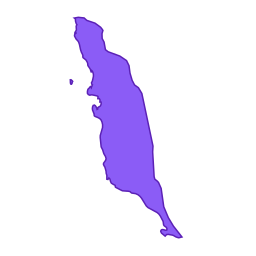 an SVG outline of Bushehr, rotated 16°
{"feature_id": "IRN-3210", "entity_name": "Bushehr", "entity_type": "Province", "adm_level": 1, "iso_a3": "IRN", "parent_name": "Iran", "parent_adm1": "", "projection": "mercator", "projection_center": [51.169, 28.786], "detail": "fine", "context": "isolated", "style": "filled", "palette": "violet", "viewbox_px": 256, "rotation_deg": 16, "n_neighbors": 0, "source": "natural_earth", "source_scale": "10m", "svg_char_len": 2618}
<svg xmlns="http://www.w3.org/2000/svg" viewBox="0 0 256 256"><g transform="rotate(16 128 128)"><path d="M193.5,221.7L189.2,219.8L188.0,218.5L187.9,217.3L188.5,216.4L189.4,216.0L190.6,215.9L191.6,216.0L192.8,215.8L193.5,215.2L193.0,213.7L192.1,212.9L189.9,212.1L189.0,211.4L188.6,210.6L187.7,208.5L187.3,207.9L183.1,203.5L181.2,202.1L179.2,201.2L169.2,199.0L167.1,197.9L160.4,191.8L158.4,190.4L156.1,189.4L153.4,189.0L149.5,189.5L148.6,189.2L147.6,188.6L145.6,188.7L143.4,189.2L139.9,189.9L137.7,189.5L132.8,188.5L132.2,188.3L131.9,187.9L131.8,187.3L131.6,186.9L131.3,186.6L129.6,186.3L127.2,185.6L126.0,184.3L124.7,182.1L123.4,181.3L122.9,183.0L121.8,183.1L120.7,179.3L119.6,177.7L118.7,175.4L116.6,172.0L115.6,171.1L114.5,169.9L114.2,168.6L115.4,165.2L115.4,163.5L114.2,161.6L112.3,159.8L111.6,159.0L109.6,155.9L107.7,153.9L107.3,153.3L103.9,144.8L103.4,142.8L103.4,134.6L102.7,131.9L101.4,129.5L100.0,127.8L98.2,126.7L95.8,126.2L93.5,126.0L92.4,125.7L91.9,125.0L91.5,123.8L88.9,120.4L88.4,119.2L88.1,117.5L88.3,115.9L89.4,115.2L90.5,115.6L91.6,116.5L92.6,117.7L93.1,118.7L93.7,118.2L93.6,117.7L93.4,117.2L93.5,116.5L93.9,116.0L95.0,115.0L95.4,114.3L95.6,112.9L95.4,111.5L94.9,110.5L93.8,110.8L93.4,108.9L93.0,108.3L92.3,107.7L92.0,107.8L91.5,108.0L91.0,108.2L90.8,107.9L90.7,106.8L90.6,106.3L90.4,105.9L89.1,105.7L84.7,106.0L83.7,106.2L82.2,107.0L80.6,106.8L79.4,105.8L78.9,104.0L78.8,102.4L78.9,101.6L79.4,100.8L79.8,100.0L80.2,98.9L80.7,98.4L81.6,99.4L81.8,96.7L81.9,96.3L81.4,96.1L81.0,95.7L80.4,94.5L80.8,92.9L80.7,90.4L80.5,87.8L80.0,86.1L79.3,84.8L78.2,83.3L77.3,82.8L77.3,84.8L77.0,84.1L75.4,81.7L72.4,79.2L71.9,78.4L71.6,77.3L70.7,76.0L68.8,74.2L65.5,72.8L65.0,72.2L64.7,70.9L63.9,69.7L62.3,68.0L60.8,65.8L58.3,61.1L56.9,59.1L55.9,58.2L53.6,56.8L51.4,54.5L51.2,54.2L51.0,53.5L51.0,52.3L50.8,51.6L51.7,51.5L51.9,51.1L51.5,50.6L50.8,50.3L51.4,48.1L50.1,44.4L50.4,42.7L49.6,42.1L48.8,40.9L48.0,39.6L47.7,38.5L47.4,37.8L46.6,37.3L46.1,37.1L49.7,35.3L55.5,34.3L58.7,35.9L67.4,36.3L73.9,38.7L76.0,40.2L77.0,41.1L77.0,44.5L78.5,49.1L81.3,52.0L84.7,58.9L87.9,60.2L100.3,61.1L108.0,63.6L111.8,67.8L114.8,74.7L118.8,81.0L122.4,84.8L126.9,86.4L131.8,91.0L157.0,138.5L158.3,144.2L166.5,167.5L167.9,169.8L170.4,170.8L172.3,171.9L176.5,176.9L184.1,193.9L191.5,203.1L198.7,209.8L209.9,217.9L207.5,219.3L206.7,219.6L204.1,219.5L201.3,218.8L200.4,218.7L196.7,219.1L196.1,219.1L195.0,219.6L194.7,219.6L194.4,219.9L193.5,221.7ZM60.4,97.5L61.4,98.0L62.0,98.4L61.8,99.5L61.9,100.6L61.6,101.5L61.0,101.6L60.5,101.1L59.9,99.7L59.6,98.4L59.2,97.7L59.8,97.3L60.4,97.5Z" fill="#8b5cf6" stroke="#5b21b6" stroke-width="1.5"/></g></svg>